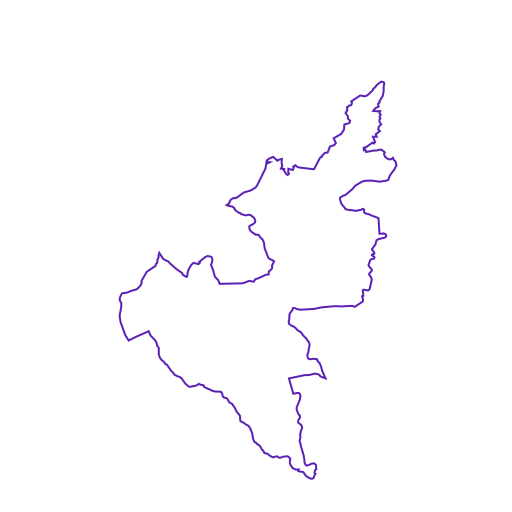 the district of Zongozotla, Puebla, Mexico, rotated 105°
{"feature_id": "50627088B26732857587675", "entity_name": "Zongozotla", "entity_type": "district", "adm_level": 2, "iso_a3": "MEX", "parent_name": "Mexico", "parent_adm1": "Puebla", "projection": "natural_earth1", "projection_center": [-97.765, 19.971], "detail": "fine", "context": "isolated", "style": "outline", "palette": "violet", "viewbox_px": 512, "rotation_deg": 105, "n_neighbors": 0, "source": "geoboundaries", "source_scale": "gbopen_adm2", "svg_char_len": 6121}
<svg xmlns="http://www.w3.org/2000/svg" viewBox="0 0 512 512"><g transform="rotate(105 256 256)"><path d="M55.1,180.1L59.6,183.6L63.0,185.0L63.9,186.0L65.4,186.1L67.0,186.8L68.4,187.9L69.8,188.5L72.8,190.9L73.6,192.3L74.0,196.9L82.0,204.0L82.9,203.0L85.2,203.0L85.5,203.1L86.8,205.1L87.9,205.6L88.8,206.6L91.8,205.5L94.7,206.5L97.3,203.4L99.5,202.7L100.2,201.8L100.9,200.1L103.1,200.1L103.7,200.6L106.1,204.7L111.0,203.7L116.1,205.3L122.2,211.5L126.2,208.1L128.6,209.1L131.1,212.9L137.6,213.6L138.5,216.1L142.0,218.2L143.2,218.2L143.1,218.6L144.7,219.6L157.2,222.4L159.4,237.8L158.9,240.2L158.1,241.3L160.0,243.2L160.8,242.4L163.4,242.7L163.4,247.3L166.5,246.7L167.9,245.4L169.6,246.4L168.9,248.2L165.8,251.5L165.6,251.2L164.6,251.3L165.2,254.5L162.3,253.9L159.5,255.4L155.5,256.1L157.6,259.6L158.4,259.9L155.8,265.1L158.6,268.6L160.9,270.3L162.4,270.2L161.9,267.0L164.4,270.0L168.9,269.5L187.2,273.1L190.1,274.2L194.0,278.0L197.9,284.3L204.4,289.5L204.8,290.4L205.5,290.9L205.8,292.7L206.7,293.6L208.3,295.0L210.5,295.6L212.1,295.5L214.4,297.5L214.7,295.8L214.4,292.0L214.7,290.8L215.2,289.6L217.2,287.7L218.8,283.5L218.6,282.7L218.8,282.0L219.4,281.2L219.4,276.3L218.0,273.6L217.9,272.2L218.1,271.3L219.8,267.5L222.2,265.8L223.9,265.7L225.8,266.9L228.3,269.7L229.2,270.2L230.9,269.6L232.7,268.4L233.9,266.4L235.6,261.4L235.0,260.4L235.0,258.8L236.9,256.6L238.6,253.7L241.0,251.8L246.5,249.5L254.6,243.6L255.3,242.0L256.0,238.0L256.5,237.1L260.0,237.9L261.5,238.0L262.4,237.5L263.7,237.3L264.9,237.7L267.7,239.6L270.5,239.0L270.8,240.0L271.9,242.0L277.2,248.3L278.0,249.9L278.8,250.7L281.2,251.4L281.5,252.1L281.7,256.0L284.9,260.4L286.1,262.6L292.3,284.0L290.6,285.0L288.9,286.6L286.7,290.3L280.8,293.7L276.3,297.1L272.7,296.9L270.5,297.3L268.6,298.6L268.3,300.4L268.7,303.1L270.5,305.1L276.5,309.3L276.7,308.6L277.7,308.6L278.8,309.6L278.8,314.7L281.7,316.3L284.2,317.1L288.5,317.8L293.7,317.2L294.2,318.0L293.0,322.0L291.6,322.8L289.5,328.8L285.6,336.8L283.9,339.5L283.4,343.2L282.6,345.2L278.0,350.2L281.1,350.3L282.5,349.7L285.1,350.4L285.6,350.0L286.6,350.0L287.5,349.7L288.9,350.0L289.6,350.6L291.5,350.5L299.5,357.4L309.8,360.2L310.9,359.6L312.1,359.6L314.3,359.9L318.2,362.0L319.2,362.9L322.2,367.8L324.6,370.9L326.8,375.8L330.5,376.6L332.8,376.6L334.7,375.6L336.1,374.0L339.9,373.0L349.1,372.3L355.1,369.6L366.2,361.8L370.6,357.1L366.0,352.0L356.4,340.2L360.1,337.3L362.8,332.7L364.2,330.8L365.5,329.7L368.1,328.3L370.0,326.1L376.3,324.4L379.2,322.4L380.7,320.6L382.1,317.5L383.8,315.6L383.8,314.7L384.4,313.5L388.8,308.3L390.5,305.5L391.7,304.1L392.5,300.8L392.6,298.4L393.4,296.3L397.6,291.2L399.6,287.0L399.2,285.3L396.9,280.7L395.7,279.2L394.3,278.1L394.7,275.5L394.4,273.3L395.8,272.4L396.8,267.5L396.8,265.9L397.4,264.6L397.5,260.4L396.3,255.5L396.6,254.0L398.6,252.5L399.8,252.1L400.6,250.9L401.1,250.1L400.9,248.3L401.3,246.8L404.1,244.2L405.3,240.3L406.4,239.4L407.5,237.8L411.9,233.9L412.8,232.1L414.6,230.1L419.3,228.5L419.8,227.6L419.9,226.2L420.9,222.9L421.5,222.0L421.5,220.8L422.4,218.6L425.0,216.1L428.6,213.6L433.5,211.4L435.7,209.7L436.7,206.9L437.6,205.9L437.8,204.1L439.7,201.7L441.7,199.9L441.9,198.9L444.2,196.9L444.0,194.4L444.1,193.4L445.1,191.4L446.1,188.1L445.7,186.8L444.3,184.6L444.1,183.6L444.7,182.0L444.8,180.5L443.0,178.3L441.3,173.8L441.7,172.3L443.1,170.3L444.6,170.4L447.7,169.5L449.3,168.1L451.4,165.7L452.0,162.4L451.2,159.7L452.0,160.0L452.9,159.6L452.5,154.4L455.3,151.1L456.3,148.5L456.9,145.1L456.3,143.6L455.4,142.9L452.7,142.7L451.0,142.2L450.7,143.0L450.1,143.4L447.5,143.5L446.2,142.6L442.4,144.0L441.8,144.7L441.3,146.7L442.6,149.1L443.9,150.5L445.4,152.8L444.9,154.1L442.3,156.0L440.3,156.5L436.4,158.3L428.7,163.0L423.2,166.0L419.0,166.3L416.5,167.4L414.9,167.1L413.5,167.4L410.2,166.9L408.4,167.8L407.3,168.9L406.1,172.1L404.5,172.6L402.5,172.4L400.7,171.6L398.8,172.4L397.6,174.3L393.4,177.2L391.2,177.5L383.3,176.4L379.0,177.0L377.3,178.8L377.4,180.3L379.4,184.3L365.7,192.5L358.4,178.0L357.3,174.0L354.5,169.0L354.1,167.0L354.2,165.1L354.7,163.7L355.6,162.7L356.2,157.2L349.8,162.3L346.1,164.5L343.0,166.8L341.9,168.9L339.9,170.4L340.5,174.4L341.4,176.1L341.8,177.7L341.6,178.8L340.7,179.7L339.5,180.4L337.8,180.9L335.3,180.5L332.4,181.0L328.3,181.1L325.9,182.3L322.7,186.2L320.5,189.9L318.2,192.6L316.9,196.8L315.4,199.0L314.4,201.5L313.9,204.4L313.1,206.4L310.9,207.5L308.5,207.5L304.1,208.5L302.8,208.5L298.9,206.9L296.8,206.9L296.3,205.2L296.7,202.5L296.3,198.6L295.4,196.3L292.2,186.5L288.5,179.1L283.8,166.1L282.7,160.8L279.3,150.4L279.5,147.4L272.2,141.0L270.7,141.2L267.4,143.1L266.6,142.0L262.1,143.8L261.0,143.8L260.6,143.0L260.3,138.8L258.7,137.7L249.1,138.0L247.2,139.0L244.5,142.1L243.3,141.9L240.7,140.5L239.5,140.4L238.8,141.0L236.7,144.2L235.7,145.0L230.2,144.6L229.1,143.5L228.1,141.5L226.9,141.1L226.2,141.6L225.3,144.3L224.5,144.3L223.6,142.6L222.9,142.3L221.8,143.0L219.7,145.7L219.2,145.7L213.7,143.6L209.6,143.7L208.0,142.0L204.8,136.2L203.5,135.4L202.2,135.7L201.3,136.7L201.1,138.7L201.6,139.0L202.5,142.5L187.7,147.5L186.9,155.5L186.4,158.1L186.5,161.6L185.6,163.1L183.6,163.3L182.8,164.4L182.9,165.5L184.1,166.2L186.7,171.6L186.8,175.3L187.5,177.3L187.6,181.7L185.9,183.5L184.4,185.9L182.8,187.5L179.0,189.8L178.1,189.9L175.4,187.7L174.7,186.4L173.5,185.1L166.2,180.1L162.2,178.2L156.7,172.8L155.3,170.4L154.4,167.9L153.1,163.0L152.3,156.3L151.7,154.3L150.6,152.4L150.0,150.5L148.3,147.9L144.1,147.6L139.7,146.1L137.2,144.9L132.0,143.8L128.9,145.5L128.0,146.5L127.5,147.9L125.7,149.1L127.5,150.5L128.0,151.5L128.1,152.8L127.8,154.9L126.6,157.1L125.5,158.0L124.2,158.8L122.7,158.4L122.1,159.0L121.0,162.1L120.9,163.0L121.6,164.7L123.0,167.1L123.6,169.5L127.0,176.5L125.0,177.9L125.9,179.1L123.6,180.0L122.2,177.7L116.2,172.7L116.9,171.6L116.8,171.1L115.0,170.5L110.5,173.9L109.6,170.3L107.4,171.9L103.3,168.7L102.2,170.6L99.6,171.0L96.5,169.2L94.4,171.5L92.1,172.1L91.0,171.4L89.3,172.7L87.1,172.1L86.0,173.8L83.9,173.6L85.0,177.0L85.5,180.3L82.4,179.0L80.0,176.2L77.5,177.5L75.7,176.3L75.0,176.8L74.3,176.7L68.7,175.0L63.6,175.4L60.3,176.3L55.8,176.9L55.1,177.6L55.1,180.1Z" fill="none" stroke="#5b21b6" stroke-width="2"/></g></svg>